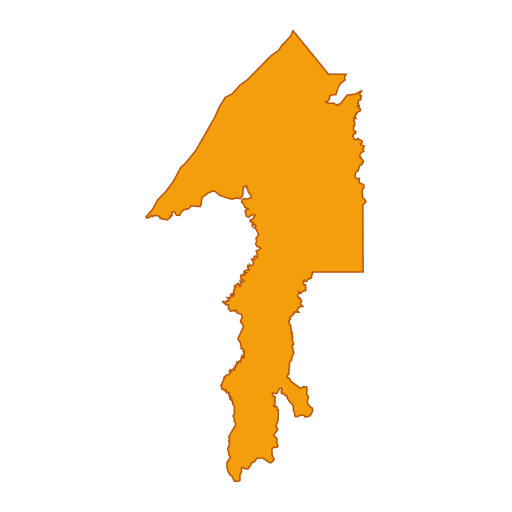 Manicoré, Amazonas, Brazil (Natural Earth projection)
{"feature_id": "56859067B26711043280922", "entity_name": "Manicoré", "entity_type": "district", "adm_level": 2, "iso_a3": "BRA", "parent_name": "Brazil", "parent_adm1": "Amazonas", "projection": "natural_earth1", "projection_center": [-61.559, -6.788], "detail": "fine", "context": "isolated", "style": "filled", "palette": "amber", "viewbox_px": 512, "rotation_deg": 0, "n_neighbors": 0, "source": "geoboundaries", "source_scale": "gbopen_adm2", "svg_char_len": 6104}
<svg xmlns="http://www.w3.org/2000/svg" viewBox="0 0 512 512"><path d="M253.7,462.3L256.0,459.9L256.5,458.4L262.3,457.9L270.0,462.9L271.4,462.5L274.1,459.6L272.2,455.4L271.8,449.1L273.7,447.4L277.0,447.4L278.0,446.0L276.7,442.5L277.0,438.6L273.5,435.0L277.8,429.8L276.1,425.5L278.1,420.0L278.4,410.8L278.3,409.9L277.5,409.9L277.0,407.0L275.5,406.0L275.0,406.8L273.5,406.0L275.0,403.5L275.1,400.8L274.3,400.4L275.3,397.7L275.1,396.7L272.7,395.8L272.4,393.1L276.2,393.7L277.6,392.5L278.6,389.8L280.6,388.1L281.5,388.2L282.1,389.6L281.2,391.3L281.4,393.1L282.0,393.8L283.5,393.2L285.1,395.4L286.6,395.6L287.2,397.9L289.5,401.7L293.3,405.8L293.4,410.5L294.4,412.1L294.7,415.6L295.9,416.9L302.1,415.0L304.2,415.6L305.3,417.2L310.1,415.9L312.6,411.3L312.5,408.2L309.6,406.2L307.6,403.5L307.6,399.5L308.7,396.8L306.7,394.3L307.0,388.5L306.5,386.8L303.6,386.7L300.5,388.4L290.7,381.1L289.2,378.1L287.2,377.5L287.1,376.7L288.0,374.3L288.7,374.4L289.7,361.7L291.6,360.0L291.9,357.1L293.8,352.8L292.1,346.1L292.8,344.6L294.1,344.3L293.3,344.1L293.6,343.2L292.2,340.0L292.7,337.7L291.9,337.1L292.6,336.4L291.7,335.5L292.4,334.1L291.4,333.5L292.2,332.4L291.3,331.3L290.6,325.2L289.6,324.6L288.7,320.8L290.4,319.3L289.7,317.5L292.9,314.9L293.1,313.7L294.4,313.4L294.3,311.8L298.8,312.2L297.5,310.6L297.7,308.6L300.0,306.7L302.8,306.4L300.3,303.9L300.3,302.9L301.5,302.2L301.5,300.5L300.0,298.7L300.1,297.9L298.8,297.3L299.1,298.2L298.4,297.9L297.5,295.6L298.4,293.8L299.3,293.5L298.7,291.9L301.1,293.4L301.4,291.9L305.7,290.6L305.8,286.7L305.1,285.8L305.6,284.9L303.7,284.4L303.3,283.2L303.8,280.5L304.3,280.0L304.6,281.2L306.5,281.6L308.5,278.5L309.6,278.9L311.6,277.7L311.4,275.8L312.5,274.2L311.7,273.1L313.7,272.0L363.1,272.0L362.8,205.2L366.0,201.6L364.4,198.9L362.3,197.6L362.7,194.4L362.0,192.0L362.7,188.7L364.0,187.9L363.7,184.7L359.1,182.7L359.3,178.5L356.4,178.6L354.8,176.7L355.9,172.2L358.1,170.8L359.9,165.2L362.1,164.5L362.4,162.8L363.2,162.3L363.3,160.4L361.5,159.2L361.0,157.3L359.4,155.9L361.2,152.4L363.8,151.5L362.9,149.9L364.2,146.1L361.1,144.9L360.6,143.8L361.9,143.1L362.2,141.2L360.3,139.9L359.4,140.2L358.3,138.3L355.7,139.8L354.1,139.1L353.0,136.4L353.5,133.7L355.1,133.8L355.9,131.6L354.4,131.1L353.5,129.5L353.6,125.7L354.6,125.6L354.2,125.0L354.9,123.5L354.2,120.6L353.7,120.6L354.3,119.2L353.9,118.2L354.8,118.5L354.9,117.4L355.8,118.0L354.9,116.2L355.2,114.9L356.6,114.6L356.6,112.8L359.9,111.1L360.5,109.8L360.6,109.0L358.8,108.0L359.2,105.7L357.6,106.0L358.6,104.9L357.9,103.2L358.6,102.4L357.9,101.4L359.1,99.8L360.6,100.0L361.3,97.2L360.5,96.7L361.2,95.9L359.7,94.9L360.2,92.7L362.2,90.4L355.4,94.1L347.1,95.2L340.3,103.9L338.2,104.2L337.6,105.5L333.1,103.0L330.2,103.4L325.8,102.2L329.3,99.7L329.9,95.8L333.5,94.6L335.8,94.8L338.4,86.7L340.9,83.3L345.1,79.9L344.3,77.8L346.1,74.2L328.5,74.2L293.0,30.7L290.6,36.2L281.2,46.2L278.9,50.2L271.3,55.5L247.0,80.1L239.8,85.3L232.2,93.9L225.4,97.3L219.2,107.1L215.0,116.8L195.7,150.7L185.3,163.4L180.7,167.5L173.7,180.8L166.4,190.9L157.4,200.3L152.7,209.1L146.0,217.1L146.8,218.0L149.1,217.7L151.5,215.6L152.6,216.6L154.4,215.5L157.8,215.8L159.6,216.4L160.1,218.5L160.8,218.1L162.6,219.4L164.0,218.7L167.1,220.0L170.1,217.7L170.0,215.9L171.1,216.3L172.2,215.2L171.7,212.8L173.3,211.8L174.6,211.9L176.4,215.2L179.6,215.5L181.6,211.6L185.3,209.1L186.8,209.5L189.3,208.2L191.2,205.7L200.1,206.6L201.2,203.9L202.0,197.7L208.0,193.1L212.6,191.1L215.3,191.5L219.6,195.3L230.0,198.8L232.6,199.1L235.6,198.0L240.4,198.6L242.6,195.8L243.4,187.3L244.9,186.1L246.9,186.2L246.2,187.8L247.8,189.3L248.1,191.7L250.8,195.2L251.2,197.9L246.3,199.1L244.2,198.5L242.1,199.6L241.5,201.8L243.7,204.3L245.0,207.4L248.5,209.0L245.1,210.5L246.4,216.4L248.9,217.0L252.4,214.5L255.1,215.1L252.2,219.9L250.3,219.8L250.1,221.5L253.3,222.8L252.2,224.1L252.3,226.2L254.1,224.3L255.9,225.2L255.9,226.3L253.9,227.5L256.2,229.3L258.5,234.3L257.2,237.1L256.0,237.9L256.6,241.1L255.7,244.0L257.1,246.6L259.6,247.1L260.8,248.6L256.2,251.1L257.2,254.1L257.2,257.5L255.2,255.9L253.8,257.3L254.7,259.5L251.6,259.1L253.6,262.7L252.8,264.6L251.7,265.5L250.0,265.3L249.5,264.5L248.6,266.5L247.8,265.7L247.6,267.5L249.2,270.1L245.9,270.2L243.9,271.7L244.6,272.6L246.4,272.8L245.2,273.3L244.9,274.7L244.0,273.4L243.2,275.4L241.6,274.8L240.8,275.4L241.2,280.4L243.0,279.6L244.3,280.8L241.6,282.5L240.3,281.5L241.2,284.2L240.5,286.3L239.2,286.5L239.2,284.0L238.2,283.3L236.1,284.7L235.9,286.7L234.5,285.8L234.7,289.1L233.5,291.0L234.3,293.9L233.5,295.9L232.7,296.4L232.2,295.5L232.7,293.6L231.3,293.9L230.4,295.1L230.6,297.9L227.2,297.5L228.8,299.2L229.1,300.6L226.4,300.8L226.4,302.2L225.6,302.7L223.7,301.4L222.7,301.9L226.0,304.8L228.3,304.9L228.5,309.1L229.4,309.3L230.7,311.4L233.1,310.3L234.5,311.4L234.8,310.3L236.1,310.4L237.2,313.2L241.3,314.1L242.2,317.0L240.4,321.7L243.3,325.4L243.3,327.1L238.1,338.0L238.2,339.8L240.2,342.0L240.7,345.6L241.6,346.9L240.9,348.4L243.8,349.8L243.2,351.3L244.3,351.6L243.7,352.7L244.4,353.9L243.5,355.2L244.2,356.8L241.9,355.6L242.1,357.3L243.0,357.8L242.1,358.3L241.3,357.7L240.3,362.0L239.0,361.0L238.4,362.7L236.7,362.0L237.1,364.3L235.4,365.0L235.9,366.5L235.3,367.1L234.2,367.1L234.9,369.5L233.3,368.9L233.4,370.1L231.5,370.3L230.6,369.6L229.3,371.1L230.8,371.9L230.0,372.1L229.2,374.6L227.3,374.6L224.5,376.7L225.1,377.4L223.8,377.8L223.9,379.6L221.8,383.6L222.0,384.8L220.9,385.2L222.1,389.4L223.2,388.9L224.3,390.4L225.6,389.7L225.6,391.7L226.8,392.0L226.9,392.8L228.3,392.3L229.4,393.0L228.8,393.5L229.1,395.9L230.3,395.9L231.0,397.6L229.9,397.3L229.7,397.9L230.4,399.5L232.1,399.5L232.3,400.3L231.4,400.3L232.6,401.2L232.5,403.6L234.6,406.9L234.2,411.1L234.7,412.7L233.1,416.1L234.3,418.3L234.3,421.7L235.5,423.0L235.4,425.2L228.7,436.9L229.5,438.9L228.7,440.6L229.3,441.6L228.9,446.5L227.8,447.8L227.8,450.2L228.6,451.2L228.9,455.0L230.4,457.3L227.0,462.3L227.0,467.8L228.4,472.0L229.8,474.5L231.9,476.2L234.5,481.2L238.2,481.3L240.0,480.3L239.9,474.9L241.5,472.3L241.4,468.8L242.1,467.2L245.0,468.8L247.9,468.9L249.1,467.7L249.0,466.8L250.8,465.5L251.0,463.1L253.7,462.3Z" fill="#f59e0b" stroke="#b45309" stroke-width="1.5"/></svg>